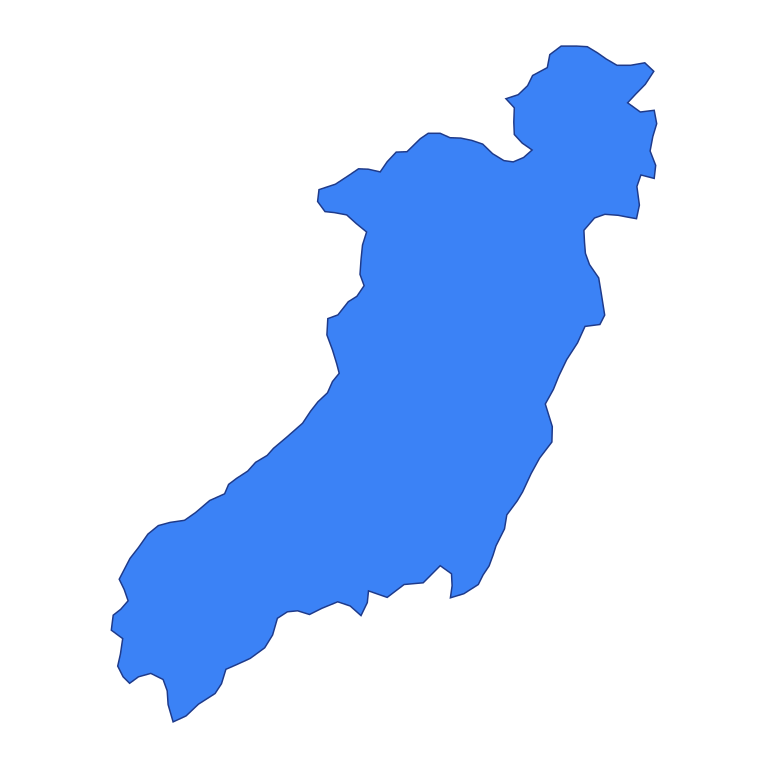 the district of Arapeí, São Paulo, Brazil
{"feature_id": "56859067B47911021551536", "entity_name": "Arapeí", "entity_type": "district", "adm_level": 2, "iso_a3": "BRA", "parent_name": "Brazil", "parent_adm1": "São Paulo", "projection": "mercator", "projection_center": [-44.44, -22.672], "detail": "fine", "context": "isolated", "style": "filled", "palette": "blue", "viewbox_px": 768, "rotation_deg": 0, "n_neighbors": 0, "source": "geoboundaries", "source_scale": "gbopen_adm2", "svg_char_len": 2143}
<svg xmlns="http://www.w3.org/2000/svg" viewBox="0 0 768 768"><path d="M319.0,189.6L317.6,201.5L325.0,211.6L334.4,212.6L346.7,214.9L356.2,223.5L366.6,232.0L362.5,245.0L361.0,259.8L360.0,274.4L364.1,285.7L356.9,296.3L348.3,301.7L337.9,314.9L327.8,318.6L326.9,334.9L332.5,350.0L336.7,363.7L339.2,373.3L332.5,381.5L327.5,392.8L318.0,401.7L310.5,411.3L302.6,423.2L286.2,437.6L273.5,448.3L267.2,455.4L255.6,462.3L247.7,471.1L236.5,478.4L228.6,484.4L224.6,493.8L209.7,500.5L195.5,512.6L184.5,520.3L170.1,522.4L158.3,525.6L147.9,534.1L138.5,547.5L130.0,558.4L119.2,579.2L124.2,589.5L128.1,600.8L120.7,609.3L113.2,615.2L111.3,630.2L122.7,638.6L120.4,654.2L117.7,666.1L123.1,676.8L129.6,683.3L138.5,676.8L150.8,673.4L163.1,679.5L167.2,690.8L168.1,704.6L173.1,721.9L186.1,715.9L198.4,704.2L215.1,693.5L221.5,683.7L225.9,669.3L236.9,664.5L250.2,658.4L264.7,647.8L272.6,635.0L277.4,618.3L287.4,611.8L297.6,610.8L309.5,614.5L321.9,608.3L337.7,601.8L350.2,606.0L361.0,615.6L367.3,602.6L368.5,590.9L387.2,597.4L404.1,584.5L423.2,582.8L440.2,565.7L451.5,573.8L452.1,585.7L450.4,597.8L463.9,593.7L478.3,584.5L483.1,574.9L489.1,565.9L493.1,555.0L496.0,545.8L504.5,528.9L506.8,514.9L517.2,500.9L522.6,491.9L531.1,473.6L539.6,458.1L551.9,442.0L552.3,426.6L545.3,404.0L553.4,389.4L558.8,376.0L566.7,359.6L577.5,342.9L585.0,326.4L599.9,324.5L604.7,315.1L601.2,293.0L598.7,277.9L589.5,264.6L585.4,253.3L584.5,242.2L583.9,230.3L594.5,218.0L604.9,214.3L618.2,215.3L627.0,217.0L636.5,218.7L639.4,205.1L636.9,186.5L640.9,175.0L654.2,178.4L655.7,165.4L650.1,151.0L652.8,136.6L656.7,123.7L654.2,110.3L640.3,112.0L627.6,102.8L635.9,93.9L645.3,84.3L653.8,71.3L644.8,62.8L630.5,65.3L617.0,65.3L606.2,59.0L597.7,53.0L587.3,46.7L576.9,46.1L561.1,46.1L549.8,54.6L547.3,67.6L532.6,75.5L527.6,85.7L518.2,94.7L505.9,98.7L514.3,107.8L513.8,122.2L514.3,134.5L522.2,143.1L532.1,150.0L523.6,157.5L513.2,161.9L503.9,160.6L492.6,153.7L482.7,144.1L471.8,140.4L460.8,138.1L450.0,137.7L440.2,133.3L428.2,133.3L420.3,138.7L407.0,151.7L396.2,152.1L387.2,161.7L380.2,171.9L368.3,169.2L358.5,168.8L350.0,174.6L335.4,184.2L319.0,189.6Z" fill="#3b82f6" stroke="#1e3a8a" stroke-width="1.5"/></svg>